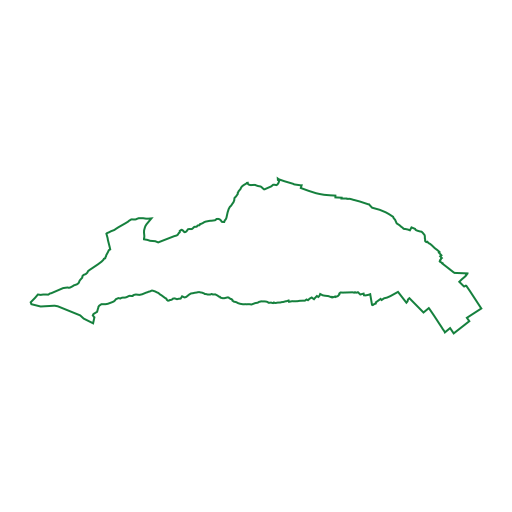 Racu, Harghita, Romania
{"feature_id": "2599482B90471627736473", "entity_name": "Racu", "entity_type": "district", "adm_level": 2, "iso_a3": "ROU", "parent_name": "Romania", "parent_adm1": "Harghita", "projection": "orthographic", "projection_center": [25.705, 46.459], "detail": "fine", "context": "isolated", "style": "outline", "palette": "green", "viewbox_px": 512, "rotation_deg": 0, "n_neighbors": 0, "source": "geoboundaries", "source_scale": "gbopen_adm2", "svg_char_len": 6081}
<svg xmlns="http://www.w3.org/2000/svg" viewBox="0 0 512 512"><path d="M93.1,323.3L94.4,317.3L93.7,316.7L93.4,316.1L92.8,315.4L93.5,314.0L97.1,311.8L97.9,308.9L98.3,307.8L98.4,306.9L99.2,305.7L101.4,304.2L105.6,304.2L107.8,303.8L112.1,302.2L113.7,301.5L114.8,300.6L115.9,299.2L118.4,298.1L120.4,298.5L121.3,297.9L122.8,297.6L124.8,297.6L126.1,297.3L127.6,296.7L128.4,296.2L129.7,295.8L131.5,296.0L132.6,296.0L132.7,295.6L134.0,294.9L135.9,294.5L139.4,294.9L142.1,294.3L146.2,292.6L147.6,292.2L148.6,291.7L149.8,291.5L151.7,290.6L152.4,290.6L153.8,291.0L155.0,291.4L157.6,292.7L158.3,292.9L160.1,294.5L161.5,295.3L165.1,298.0L166.3,298.6L166.8,299.8L168.0,300.7L168.9,300.6L169.9,300.0L170.8,300.0L172.2,299.4L173.0,298.6L174.7,298.4L177.0,299.2L178.5,298.8L180.6,298.6L181.5,297.3L182.1,296.3L184.4,297.4L184.8,297.4L186.3,296.9L189.1,294.6L190.9,293.5L193.5,293.1L194.5,292.8L196.8,292.5L197.9,292.2L199.2,292.1L200.9,292.5L201.9,292.6L202.9,293.0L203.8,293.3L204.8,294.0L206.2,294.1L207.6,294.5L210.3,294.5L211.7,294.0L212.9,294.5L215.3,294.4L217.6,295.6L218.9,296.6L219.9,296.8L220.4,297.6L222.6,298.2L224.3,298.2L227.6,297.4L228.6,297.5L229.0,297.9L230.7,299.0L231.2,299.0L232.3,299.7L232.4,300.6L234.0,301.7L235.2,301.9L236.6,302.3L237.5,302.9L238.5,303.3L240.2,303.8L243.1,304.3L245.5,304.2L246.9,304.3L247.6,304.2L249.5,304.2L251.5,304.5L255.2,303.1L257.7,302.7L259.2,301.8L260.0,301.7L261.2,301.3L261.6,301.4L264.5,301.4L266.2,301.6L267.6,302.0L268.4,302.7L268.8,302.8L271.1,302.6L272.4,303.0L273.2,303.1L273.9,302.5L274.2,302.8L275.1,303.0L276.2,302.9L277.5,302.6L280.3,302.5L281.8,302.1L283.2,302.0L285.6,301.3L286.6,301.2L288.6,300.5L289.0,301.8L292.1,301.2L294.0,301.3L297.5,301.2L299.7,300.8L302.3,300.7L304.6,300.7L305.2,300.5L306.5,299.5L308.0,300.2L309.7,298.6L311.7,297.5L312.6,298.2L314.0,299.2L314.8,298.2L316.9,296.0L318.3,297.0L319.2,296.1L319.7,295.3L320.2,294.0L322.7,295.3L324.8,295.7L328.4,296.1L331.9,297.4L332.1,296.9L333.3,297.2L335.1,296.5L335.4,297.0L337.8,296.1L339.4,294.4L339.3,293.5L340.5,292.5L343.0,292.6L352.7,292.3L354.2,292.7L355.0,292.2L356.0,292.7L357.2,292.5L357.9,292.2L360.3,294.5L363.6,293.6L364.0,295.3L365.6,295.4L368.6,294.8L370.2,294.2L372.0,304.8L372.6,305.1L373.3,304.8L373.8,304.3L375.8,303.5L375.8,302.4L380.6,298.9L381.6,300.0L384.1,298.3L387.0,297.6L390.4,296.1L398.0,291.9L406.4,302.7L407.5,301.4L407.9,299.8L408.3,299.2L409.4,298.2L423.5,312.5L428.8,308.1L429.5,309.0L434.0,315.6L435.7,318.2L436.5,319.4L438.9,323.1L442.0,327.8L442.5,328.7L444.5,331.5L444.9,332.4L450.1,328.1L453.7,333.4L469.3,321.2L466.9,317.8L481.3,308.5L473.2,296.1L469.8,290.9L466.3,285.8L465.9,285.7L465.6,285.7L464.7,286.3L464.1,286.5L463.2,285.7L459.3,281.8L461.7,279.4L465.0,276.6L466.3,275.3L466.3,275.2L466.1,275.0L467.5,273.6L467.5,273.4L454.5,272.9L453.3,272.1L451.9,271.0L442.3,263.5L442.5,263.2L440.7,262.1L440.2,261.9L439.7,261.3L440.0,260.7L440.0,260.2L440.8,259.6L440.8,259.1L441.0,258.6L441.8,258.0L440.2,256.3L441.4,255.3L438.9,252.6L439.5,252.0L439.2,251.7L437.0,249.8L435.6,248.8L434.8,248.2L431.7,245.2L430.1,243.9L428.9,243.3L428.3,242.8L427.3,241.7L427.1,241.7L426.5,242.1L426.2,242.0L425.3,241.3L425.1,240.7L425.1,239.1L424.8,238.1L424.9,237.1L424.7,235.5L424.4,234.8L423.7,234.0L422.9,233.0L421.8,231.9L421.2,231.6L420.1,231.5L417.4,230.7L416.0,230.1L415.5,229.7L415.1,228.9L411.5,227.4L409.9,230.3L408.1,229.6L404.9,228.9L404.3,229.0L403.5,228.7L402.5,227.6L401.5,227.0L399.5,225.2L397.0,223.6L396.6,223.2L395.1,219.8L393.7,218.2L393.1,216.8L388.6,213.9L385.7,212.3L379.7,209.8L372.1,207.7L370.1,205.6L369.0,204.3L368.3,204.3L359.8,201.5L354.2,200.0L353.6,199.9L351.7,199.3L350.1,198.9L349.4,198.8L347.8,198.9L346.9,198.8L346.7,198.5L341.5,198.5L341.6,197.7L335.4,197.4L335.4,195.6L330.1,195.3L324.1,194.8L319.6,194.0L316.0,193.2L308.5,190.8L300.8,188.0L301.6,185.3L300.5,185.3L294.2,184.4L293.1,183.8L284.3,181.2L279.1,179.4L278.2,178.9L277.8,178.6L277.9,180.0L279.3,180.6L278.5,182.9L277.5,184.4L276.5,185.1L274.0,184.7L273.1,184.8L271.2,186.4L264.6,189.3L264.0,189.3L262.9,188.4L261.4,187.0L260.6,186.5L257.9,186.0L255.9,185.3L255.4,185.0L254.3,184.9L250.7,185.1L249.2,184.8L248.1,184.1L247.7,183.4L247.7,182.8L246.9,182.9L246.7,183.3L243.5,185.2L241.9,186.5L241.1,187.6L240.5,189.0L238.5,191.4L238.4,191.8L237.7,193.0L237.8,193.3L237.8,193.9L235.9,196.6L234.6,197.8L234.3,199.1L234.3,200.1L233.4,202.4L232.6,203.4L231.1,205.7L229.9,206.8L228.7,209.0L227.6,212.4L226.4,217.9L225.7,219.4L224.8,220.4L224.2,222.0L222.2,221.9L221.7,221.7L220.8,220.3L219.7,219.4L218.7,219.0L218.1,218.9L216.5,219.0L215.4,220.1L214.7,220.3L211.8,220.7L209.8,220.8L205.7,221.6L204.3,222.1L203.1,222.9L201.3,223.8L200.2,224.0L199.9,224.3L199.7,224.9L199.3,225.3L198.0,225.4L197.5,225.6L196.9,226.5L196.1,226.8L194.6,226.8L193.7,227.3L193.4,227.8L192.1,228.9L191.1,229.1L189.7,229.0L188.1,229.2L187.9,229.4L186.5,231.3L185.5,232.0L185.0,232.1L184.7,232.2L184.3,232.1L183.1,230.6L182.8,230.5L182.5,230.5L182.2,230.3L182.0,229.9L181.4,229.8L179.8,230.9L179.7,231.0L179.8,232.1L179.7,232.3L179.1,232.9L178.8,233.0L177.7,234.8L176.6,235.5L174.1,236.2L158.2,242.4L155.2,241.2L150.1,240.8L147.4,239.9L144.0,239.3L144.0,238.3L144.3,237.2L144.3,235.7L144.0,232.5L144.1,230.3L144.9,227.4L145.5,225.9L146.5,224.3L151.4,218.4L148.1,218.7L146.3,218.7L143.1,218.2L138.7,218.2L136.8,218.9L135.8,219.4L134.5,219.5L132.2,219.4L131.3,219.4L129.0,220.8L128.0,221.7L125.2,223.4L118.5,227.2L116.0,228.8L114.3,230.0L111.1,231.2L108.8,232.4L107.8,232.8L106.9,233.2L106.4,233.7L107.6,238.1L107.9,240.0L109.6,246.7L110.2,249.4L108.8,250.2L108.0,252.0L106.2,255.3L106.0,256.4L105.4,257.3L105.2,258.3L103.9,258.8L103.4,259.8L101.6,261.6L98.0,264.3L89.5,270.0L88.0,271.2L87.3,272.7L85.7,274.1L83.6,274.9L82.5,276.0L82.2,277.7L80.2,279.9L79.4,281.1L78.9,282.6L78.1,283.5L76.8,284.4L73.8,285.4L72.7,286.2L70.2,287.5L68.9,287.8L67.6,287.5L65.8,287.7L63.1,288.1L51.3,293.2L49.9,293.5L48.4,294.6L43.4,294.5L40.6,294.9L37.9,294.5L35.1,297.8L30.7,302.3L31.4,304.2L40.6,306.5L54.6,305.7L57.8,306.3L80.2,315.4L83.7,318.6L93.1,323.3Z" fill="none" stroke="#15803d" stroke-width="2"/></svg>